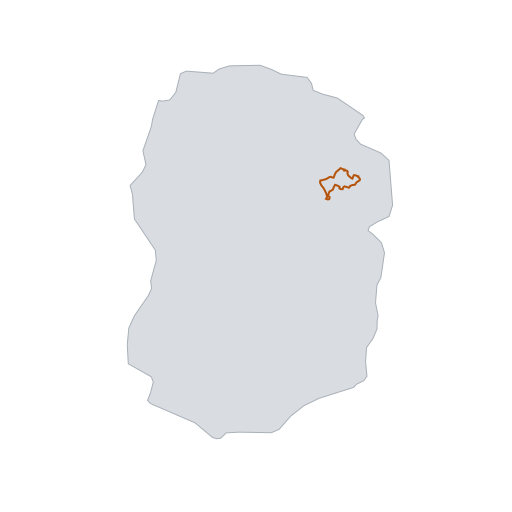 location of Brvenica within North Macedonia, rotated 111°
{"feature_id": "MKD-2961", "entity_name": "Brvenica", "entity_type": "Statistical Region", "adm_level": 1, "iso_a3": "MKD", "parent_name": "North Macedonia", "parent_adm1": "", "projection": "albers", "projection_center": [21.041, 41.872], "detail": "fine", "context": "in_parent", "style": "outline", "palette": "amber", "viewbox_px": 512, "rotation_deg": 111, "n_neighbors": 0, "source": "natural_earth", "source_scale": "10m", "svg_char_len": 2159}
<svg xmlns="http://www.w3.org/2000/svg" viewBox="0 0 512 512"><g transform="rotate(111 256 256)"><path d="M231.7,131.7L239.7,132.7L257.0,127.6L267.8,120.7L273.3,119.6L280.6,116.9L291.1,117.2L301.8,120.0L315.3,115.9L328.5,109.3L333.9,110.8L339.7,116.2L343.6,117.7L366.2,146.1L378.5,157.6L393.0,166.2L409.5,172.3L415.5,178.4L426.6,208.9L431.8,220.4L438.8,223.7L440.6,227.1L441.0,231.5L433.6,253.2L431.6,301.6L429.7,305.5L421.4,305.5L410.5,306.7L406.3,310.5L402.4,336.6L384.9,344.4L368.9,348.9L355.4,348.1L331.5,342.3L323.7,341.8L317.1,345.4L295.9,347.5L286.6,352.1L265.0,382.8L242.8,393.4L235.3,398.8L218.2,392.1L210.1,391.5L198.3,399.3L172.5,400.1L165.6,401.5L145.7,402.7L144.8,398.5L141.2,392.4L131.9,389.5L113.0,391.9L108.4,387.4L100.7,361.5L94.6,357.4L87.9,348.7L76.5,320.6L76.3,308.3L77.2,297.5L71.0,272.3L75.0,266.0L80.9,262.0L81.0,251.9L79.4,236.5L86.5,206.4L88.4,204.2L90.2,205.6L107.0,208.1L111.3,204.3L114.1,198.4L115.1,176.3L119.1,166.1L159.6,146.7L171.5,146.0L180.6,154.9L187.9,160.6L192.2,160.4L193.8,154.6L198.7,143.6L206.9,137.2L231.5,131.7L231.7,131.7Z" fill="#d9dde1" stroke="#a8b0b8" stroke-width="1"/><path d="M153.9,189.1L154.4,189.9L155.3,191.6L157.0,193.3L158.2,193.4L159.0,193.8L159.0,195.5L159.3,198.4L160.6,199.1L161.7,199.1L162.6,199.1L163.2,200.8L163.2,201.5L162.9,202.4L161.6,202.6L161.2,204.1L161.1,206.0L161.2,207.7L162.7,207.9L164.9,208.1L166.6,208.1L168.5,209.6L169.4,210.5L171.1,210.5L173.0,210.5L174.0,210.4L174.3,209.5L174.6,208.4L175.7,208.1L176.7,208.1L177.5,209.2L177.5,211.1L176.9,210.9L175.0,210.9L172.2,213.0L168.8,216.7L166.4,220.6L164.4,222.6L162.4,223.0L161.8,221.8L160.5,220.1L159.0,218.0L156.3,216.0L155.2,214.5L155.4,213.1L155.0,211.6L154.1,211.6L151.9,211.7L148.8,211.3L145.7,209.5L144.6,209.0L143.8,208.7L143.7,207.4L143.8,205.2L143.6,204.4L144.4,204.4L144.6,204.4L144.4,203.5L143.9,202.5L143.8,201.6L144.5,200.5L146.0,200.3L147.1,199.5L148.1,198.1L148.6,196.3L149.1,195.2L149.2,193.8L147.6,193.7L145.6,193.7L145.1,192.8L145.0,189.9L145.0,189.1L145.5,189.2L145.8,188.4L146.6,186.8L147.4,186.3L148.3,186.4L149.5,187.3L151.3,188.6L152.4,188.8L153.9,189.1Z" fill="none" stroke="#b45309" stroke-width="2"/></g></svg>